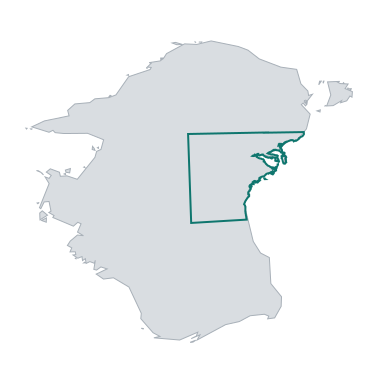 location of South Australia within Australia, rotated 268°
{"feature_id": "AUS-2655", "entity_name": "South Australia", "entity_type": "State", "adm_level": 1, "iso_a3": "AUS", "parent_name": "Australia", "parent_adm1": "", "projection": "equal_earth", "projection_center": [136.572, -32.035], "detail": "fine", "context": "in_parent", "style": "outline", "palette": "teal", "viewbox_px": 384, "rotation_deg": 268, "n_neighbors": 0, "source": "natural_earth", "source_scale": "10m", "svg_char_len": 9555}
<svg xmlns="http://www.w3.org/2000/svg" viewBox="0 0 384 384"><g transform="rotate(268 192 192)"><path d="M268.2,47.0L272.4,71.8L277.9,70.6L284.1,78.0L284.9,93.0L288.5,98.2L289.2,112.2L291.7,119.4L309.4,132.7L315.9,154.5L317.9,155.6L318.4,151.7L322.1,155.7L322.8,153.7L324.1,164.7L326.3,168.0L331.2,171.4L340.3,189.7L339.3,201.9L342.3,216.4L335.8,243.3L331.8,252.9L322.7,263.8L313.7,285.1L310.9,300.9L296.3,304.6L288.9,311.3L284.4,311.9L285.5,315.8L278.8,310.2L279.8,308.9L279.4,307.5L278.1,307.4L275.7,309.9L274.1,308.4L277.0,306.1L275.5,304.3L265.7,312.8L251.1,308.6L239.8,298.3L239.5,290.1L234.2,282.7L236.5,283.0L236.5,280.8L228.7,283.0L231.0,277.5L228.1,269.4L225.2,278.6L219.5,279.5L220.4,276.5L223.1,276.4L227.0,263.8L226.0,254.2L222.0,264.3L216.2,268.1L212.4,274.1L213.0,277.1L210.7,276.7L206.9,273.3L209.2,273.3L207.6,267.4L203.9,260.7L200.9,259.9L200.4,254.0L177.9,243.8L140.4,251.5L128.6,258.4L123.8,267.0L97.7,267.6L84.2,277.8L74.6,277.1L63.3,270.2L62.6,263.2L65.3,264.4L67.3,260.1L66.3,245.8L60.9,234.8L58.3,221.0L43.9,191.9L49.0,195.0L45.5,186.1L47.9,191.3L51.7,192.9L44.5,174.5L47.6,148.8L48.8,154.9L52.7,148.2L67.2,136.4L72.5,137.1L99.2,125.7L109.0,110.5L108.1,100.5L113.3,93.4L118.1,104.5L120.3,98.3L117.3,93.9L118.1,91.2L127.1,93.0L124.2,91.9L126.0,87.5L124.3,83.7L129.1,83.1L127.3,80.2L131.3,79.8L129.8,75.6L133.2,70.9L133.5,73.7L136.3,73.3L136.4,68.0L140.4,69.9L142.9,65.6L147.2,68.6L153.0,76.0L152.1,82.0L155.9,76.2L164.1,80.0L165.7,76.8L162.0,72.3L171.4,52.0L173.3,53.3L176.5,48.2L177.7,50.4L187.5,48.8L187.2,43.9L180.6,40.3L181.6,39.0L205.4,49.5L212.2,45.7L210.6,49.7L213.5,51.9L217.0,47.1L220.1,51.2L216.4,60.2L212.3,61.0L212.5,67.6L208.7,77.8L230.0,96.2L235.9,98.1L237.7,102.5L247.3,105.5L254.3,89.6L254.9,66.1L256.1,57.3L258.5,55.2L256.7,51.2L262.7,34.1L268.2,47.0ZM273.3,329.6L284.1,334.1L297.3,331.3L297.4,343.5L296.7,341.3L295.2,343.9L294.5,351.8L290.0,348.6L286.7,355.8L281.2,355.2L282.4,353.2L277.7,349.8L276.0,343.6L278.1,344.7L273.4,336.1L273.3,329.6ZM169.5,39.1L176.3,39.1L178.4,41.7L173.9,46.8L169.5,39.1ZM217.0,285.6L228.2,285.3L223.4,287.4L217.0,285.6ZM218.3,66.2L219.7,71.3L215.4,70.4L216.1,66.8L218.3,66.2ZM339.8,187.6L339.7,182.0L341.6,177.4L342.1,180.7L339.8,187.6ZM294.7,322.4L298.3,323.4L298.3,325.1L294.7,322.4ZM168.8,40.6L171.2,45.6L166.9,45.3L168.8,40.6ZM269.6,323.1L267.5,322.7L268.7,319.7L269.6,323.1ZM241.1,94.2L239.1,95.7L237.0,96.5L238.0,93.7L241.1,94.2ZM43.8,190.6L42.0,187.9L41.7,185.4L42.0,185.3L43.8,190.6ZM297.4,326.8L298.7,327.9L296.1,327.0L297.4,326.8ZM325.5,165.4L327.0,165.4L326.9,167.9L325.5,165.4ZM289.7,112.0L291.5,113.5L291.2,114.3L289.7,112.0ZM289.7,352.9L289.7,354.8L288.4,354.2L289.7,352.9ZM341.6,204.0L341.6,207.0L341.4,206.9L341.6,204.0ZM186.8,38.9L185.7,37.5L186.4,36.8L186.8,38.9ZM218.6,39.2L216.9,41.7L218.9,37.3L218.6,39.2ZM342.0,200.3L341.2,201.3L341.8,200.3L342.0,200.3ZM221.0,85.4L220.1,85.9L220.6,84.7L221.0,85.4ZM215.0,66.1L213.8,66.3L214.5,64.8L215.0,66.1ZM57.6,136.5L57.3,138.6L56.8,138.4L57.6,136.5ZM260.7,32.9L260.7,34.7L260.2,33.4L260.7,32.9ZM278.1,308.2L278.4,309.1L278.0,308.8L278.1,308.2ZM216.5,42.4L214.2,44.2L216.5,42.0L216.5,42.4ZM129.9,73.1L129.1,74.4L129.6,73.0L129.9,73.1ZM290.5,351.5L289.8,351.8L290.2,351.1L290.5,351.5ZM240.1,100.1L238.9,100.1L239.5,99.0L240.1,100.1ZM125.6,82.2L125.0,82.9L124.9,81.3L125.6,82.2ZM296.0,347.3L295.0,347.9L295.4,346.8L296.0,347.3ZM261.6,28.2L261.4,29.4L260.7,28.8L261.6,28.2ZM277.5,309.5L278.5,310.4L276.9,310.1L277.5,309.5ZM311.6,132.6L310.8,132.7L311.1,131.3L311.6,132.6ZM317.7,151.5L317.2,151.5L317.6,150.5L317.7,151.5ZM273.8,328.1L273.5,328.9L273.3,327.9L273.8,328.1Z" fill="#d9dde1" stroke="#a8b0b8" stroke-width="1"/><path d="M200.1,253.5L199.7,253.0L199.3,253.2L199.1,253.1L198.7,253.6L198.3,253.5L198.0,253.9L197.7,253.9L197.8,252.8L198.0,252.5L198.3,252.4L197.4,251.1L197.1,251.2L197.0,250.8L196.5,250.5L196.5,250.3L196.2,250.1L196.4,249.9L196.1,249.7L195.7,249.7L195.5,250.3L195.0,250.1L194.9,249.8L194.5,250.0L194.9,250.4L195.0,250.6L194.6,250.5L194.4,250.7L193.7,250.5L193.4,250.8L192.9,250.5L192.5,250.6L191.7,249.6L191.3,249.7L191.2,249.4L189.8,248.2L187.9,248.1L187.7,248.3L187.5,248.5L187.7,248.9L187.6,249.0L187.1,248.8L186.6,249.0L185.9,249.0L185.4,248.6L184.8,247.8L182.6,246.1L180.8,244.9L178.2,243.7L177.9,243.6L176.9,244.4L175.4,244.9L170.8,244.6L170.3,244.8L169.3,244.7L167.9,245.0L166.3,245.1L165.7,245.3L163.9,245.4L163.5,245.6L162.5,245.7L161.1,190.1L250.1,190.1L248.9,268.0L248.7,267.7L248.0,305.8L246.0,305.9L245.4,305.6L244.4,304.7L244.0,304.5L243.8,304.2L243.6,303.5L243.0,302.2L242.1,301.3L242.2,301.1L242.1,300.8L241.5,300.5L241.4,300.6L241.2,300.5L239.9,298.5L239.5,297.7L239.8,297.4L239.9,297.2L239.5,296.5L239.5,296.0L239.1,295.5L240.1,294.9L240.3,294.5L240.4,293.8L240.4,292.5L239.5,290.1L238.4,287.4L238.1,287.0L237.7,286.3L235.9,284.3L233.9,282.7L234.2,282.6L234.5,282.8L237.6,286.0L238.4,287.1L239.1,288.8L239.1,288.4L238.6,286.9L237.8,285.7L237.4,285.5L235.8,283.8L234.8,282.9L234.8,282.7L235.0,282.7L235.1,282.3L235.4,281.9L235.6,282.0L236.1,282.4L236.1,283.0L236.3,283.2L236.0,283.6L236.6,283.8L236.8,283.7L237.0,282.8L236.0,282.0L236.5,281.8L237.0,281.9L237.1,281.6L237.0,281.3L237.1,280.8L237.0,280.7L236.7,281.0L236.6,280.6L236.4,280.4L235.8,280.2L235.9,280.4L235.8,280.5L235.2,280.9L234.7,280.9L234.2,281.2L234.2,281.6L234.7,281.9L234.7,282.1L233.9,282.0L233.6,281.7L233.0,281.8L233.2,282.0L233.8,282.1L234.1,282.3L234.3,282.2L234.5,282.3L234.4,282.4L233.5,282.5L233.1,282.3L232.7,282.3L231.9,282.6L231.7,283.0L231.1,283.3L230.5,283.4L229.4,283.3L228.8,283.6L228.5,283.5L228.1,283.1L228.4,282.3L229.2,281.9L229.9,280.9L230.5,280.5L230.6,279.7L230.7,279.4L230.7,279.0L230.7,278.3L231.1,277.6L230.9,276.1L230.9,275.3L231.0,275.1L231.3,275.4L231.3,275.2L231.2,274.8L230.6,274.3L230.5,273.8L230.1,273.4L229.8,272.7L229.5,272.6L229.1,270.8L228.9,270.5L228.6,270.3L228.6,269.8L228.0,269.0L227.5,270.1L227.7,270.7L226.9,271.7L226.7,272.8L226.6,273.4L226.8,273.7L226.6,274.3L226.5,275.1L226.1,275.9L225.8,277.0L225.8,277.6L225.6,277.8L225.6,278.5L225.1,279.0L224.3,278.5L223.3,278.4L222.6,278.9L222.0,278.9L221.5,279.5L220.6,279.4L219.7,280.1L219.4,280.0L219.1,279.7L219.3,279.2L219.8,278.7L220.0,278.2L219.9,277.5L220.1,277.2L220.1,276.9L220.4,276.3L221.3,276.6L222.2,276.4L223.1,276.8L223.5,276.5L223.6,275.4L224.0,273.6L223.7,272.8L223.7,272.2L223.3,272.3L223.8,271.2L223.8,270.1L223.5,269.3L223.7,269.1L223.9,269.2L224.2,268.6L224.2,268.3L224.1,267.9L224.8,267.0L224.6,266.6L225.4,265.8L225.9,264.9L226.0,264.9L226.6,264.0L226.8,263.9L226.8,264.3L227.0,264.2L227.0,263.3L226.5,262.1L226.6,261.7L226.2,261.1L226.1,260.8L226.5,260.1L227.2,259.6L227.8,259.6L227.8,259.1L227.6,258.5L227.2,258.3L226.8,256.2L227.1,255.9L226.7,255.5L226.4,255.4L226.4,254.9L226.1,254.4L226.2,254.1L225.9,253.7L225.8,254.2L225.8,255.3L226.1,255.7L226.1,256.8L225.9,257.4L225.7,257.5L225.9,258.1L225.6,258.2L225.2,257.8L224.9,257.9L224.6,258.2L224.6,258.6L224.0,259.3L223.6,259.6L223.4,260.4L223.1,261.1L223.0,262.2L222.5,263.0L221.9,264.5L221.4,265.0L220.5,265.2L219.9,264.8L219.5,265.5L220.1,265.5L219.4,265.9L218.9,266.0L218.2,266.5L217.5,266.9L217.3,267.1L217.3,267.3L215.8,268.5L215.7,269.0L214.8,270.7L214.1,271.2L214.0,271.4L214.1,271.6L214.0,271.8L214.0,272.4L213.9,272.9L213.7,272.4L212.7,272.9L212.6,273.4L212.8,273.8L212.7,274.0L212.4,273.8L212.2,274.1L212.2,274.5L212.4,274.9L212.3,275.1L212.0,275.1L211.7,275.4L211.9,275.6L212.2,275.6L212.8,275.1L213.1,275.2L213.1,274.8L213.3,274.8L213.3,275.5L213.0,276.1L213.3,277.1L212.9,277.3L212.8,277.2L212.7,276.8L212.2,276.6L211.9,276.1L211.6,275.9L211.3,275.9L211.1,276.2L210.9,276.5L211.0,276.8L210.6,276.8L210.4,276.1L209.3,274.7L208.6,274.3L208.3,274.3L208.5,273.8L208.1,273.4L207.7,273.2L206.9,273.5L206.8,273.4L207.1,272.6L207.5,271.9L207.6,272.5L208.4,272.8L208.2,272.9L208.2,273.1L208.5,273.3L208.5,273.5L208.9,273.9L209.6,273.6L209.2,273.5L209.2,273.0L208.9,273.3L208.8,273.2L208.7,272.7L208.8,272.6L208.9,272.3L208.6,271.7L208.5,270.4L208.2,269.5L207.9,269.5L207.7,269.1L208.0,268.9L207.9,268.0L207.4,266.8L207.0,266.6L206.0,265.4L204.8,264.3L204.9,264.2L205.0,263.5L205.0,262.8L204.6,261.6L203.6,260.5L204.0,260.4L203.8,259.9L203.0,259.7L202.9,260.0L203.3,260.0L203.5,260.4L203.3,260.6L203.0,260.2L202.2,259.8L201.5,260.0L201.4,259.7L201.2,260.2L200.8,259.8L200.4,258.7L200.0,258.7L199.8,258.5L200.3,258.3L200.1,257.8L199.9,257.7L199.8,257.8L199.2,257.6L199.2,257.4L199.6,256.9L199.7,256.7L199.2,255.7L199.3,255.5L200.3,255.7L200.1,256.1L200.2,256.3L200.3,256.4L200.9,255.2L200.7,254.3L200.1,253.5ZM228.3,284.9L228.2,285.4L228.0,285.5L227.7,285.9L227.4,285.8L226.9,285.5L226.1,285.4L224.7,285.8L224.6,286.1L224.7,286.6L224.5,286.9L223.5,287.4L222.9,286.8L221.9,286.5L221.6,286.6L221.5,287.0L221.3,287.0L220.4,286.9L219.7,287.1L219.3,286.9L218.3,287.2L217.8,286.4L217.4,286.2L217.0,285.8L217.3,284.8L217.3,284.5L217.4,284.4L218.1,284.3L218.9,283.9L220.8,283.6L222.3,283.1L222.7,282.7L223.4,283.0L223.6,282.9L224.7,282.7L224.8,282.9L224.5,283.1L224.4,283.3L224.9,283.5L224.4,284.1L224.5,284.3L225.1,284.4L225.8,284.2L225.9,284.8L226.0,284.9L226.4,284.7L226.7,284.1L226.9,284.1L227.8,284.4L227.9,284.9L228.3,284.9ZM214.1,276.8L214.6,277.6L214.6,278.0L214.3,277.9L214.2,277.3L213.8,276.8L214.1,276.8ZM195.6,251.8L195.4,251.7L195.7,251.2L196.4,251.0L196.0,251.2L196.1,251.4L195.9,251.6L195.6,251.8ZM202.7,264.9L202.8,265.3L202.5,265.4L202.3,265.7L202.3,265.1L202.7,264.9ZM222.9,272.3L223.0,272.5L222.8,272.9L222.7,272.7L222.9,272.3ZM216.4,278.7L216.6,278.6L216.7,278.9L216.4,278.9L216.4,278.7Z" fill="none" stroke="#0f766e" stroke-width="2"/></g></svg>